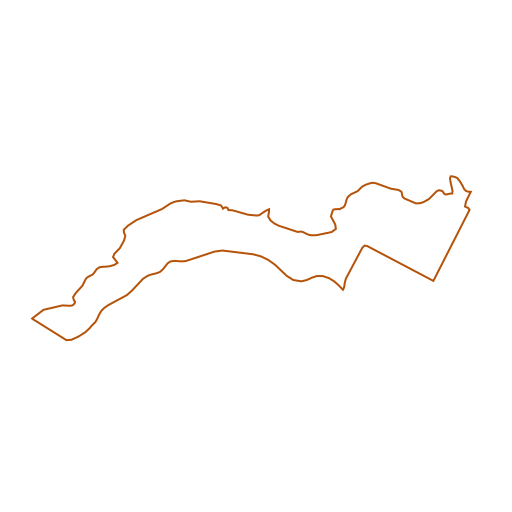 the Province of Zamboanga del Norte, rotated 28°
{"feature_id": "PHL-2520", "entity_name": "Zamboanga del Norte", "entity_type": "Province", "adm_level": 1, "iso_a3": "PHL", "parent_name": "Philippines", "parent_adm1": "", "projection": "mercator", "projection_center": [122.74, 7.933], "detail": "fine", "context": "isolated", "style": "outline", "palette": "amber", "viewbox_px": 512, "rotation_deg": 28, "n_neighbors": 0, "source": "natural_earth", "source_scale": "10m", "svg_char_len": 2403}
<svg xmlns="http://www.w3.org/2000/svg" viewBox="0 0 512 512"><g transform="rotate(28 256 256)"><path d="M87.7,416.3L93.6,403.3L108.3,390.5L115.1,387.3L116.7,386.2L117.6,384.8L118.1,382.9L117.7,381.3L116.0,380.6L113.8,378.2L114.3,372.9L116.7,363.7L116.5,357.1L116.7,355.0L117.8,352.8L120.4,349.2L120.9,347.4L121.5,342.5L123.0,339.5L125.6,337.6L129.1,335.5L131.6,333.7L135.2,330.3L136.9,327.0L130.3,324.1L129.9,320.5L132.1,312.9L132.2,304.1L131.1,299.4L128.5,297.4L126.9,295.0L128.6,289.6L133.5,280.5L150.9,258.7L156.0,249.5L158.5,246.5L160.8,244.5L166.7,240.4L173.0,238.7L180.6,234.1L196.5,228.8L201.5,227.8L204.7,229.7L205.5,227.9L207.0,227.0L208.6,227.1L210.1,228.4L213.7,226.7L229.5,223.3L237.3,220.1L239.6,218.6L243.3,211.6L245.6,208.6L246.7,210.8L248.2,215.4L252.1,217.8L257.0,218.7L261.8,218.6L281.5,215.2L284.2,213.3L286.4,212.8L291.2,212.7L293.4,212.3L295.6,211.5L299.8,209.1L311.5,199.4L313.8,194.6L311.1,190.9L303.7,186.0L303.3,184.6L302.5,180.2L302.5,178.9L303.5,177.8L307.2,175.6L308.0,175.4L308.4,174.4L309.3,173.3L310.3,171.9L310.7,169.7L310.4,167.4L309.4,163.1L309.4,160.7L310.8,157.0L315.4,150.9L316.4,147.2L317.3,144.7L319.5,141.5L322.3,138.5L324.7,136.5L327.7,135.5L343.7,133.2L350.7,130.8L354.0,130.9L354.9,131.6L357.0,134.3L358.3,135.2L360.3,135.5L372.3,134.5L375.8,132.6L378.5,129.9L381.6,125.1L382.2,123.7L385.1,114.1L386.7,112.0L389.8,111.2L390.9,111.5L392.0,112.2L393.2,112.7L394.7,112.6L395.7,111.9L398.1,109.8L399.9,108.7L399.0,106.3L392.5,98.7L390.8,96.3L390.5,94.3L391.9,93.5L394.8,92.8L397.6,92.7L398.8,93.6L400.0,93.8L405.1,96.8L408.4,99.2L410.5,99.9L412.9,99.7L415.5,98.5L415.8,109.1L417.3,114.2L421.0,114.0L422.2,114.7L422.9,115.0L424.3,194.7L349.5,195.0L346.9,195.9L346.0,198.9L346.0,233.8L347.0,238.2L347.7,239.9L348.3,241.6L348.6,243.3L348.6,245.0L342.6,243.0L336.6,241.6L330.6,241.3L324.3,242.4L318.9,245.3L315.3,249.2L312.1,253.4L307.9,257.1L300.2,259.7L293.8,259.2L292.4,259.1L277.0,254.8L268.6,253.7L260.6,254.0L252.7,255.8L223.9,266.9L221.6,268.5L217.3,271.6L196.4,293.4L193.2,295.5L186.1,298.7L182.9,301.1L181.4,304.0L180.0,311.7L178.6,315.3L176.4,317.8L171.5,322.2L169.4,324.7L166.9,329.3L162.6,345.2L160.3,351.2L148.6,368.8L146.3,373.3L145.2,377.1L145.0,381.1L145.3,386.2L145.2,389.6L143.6,394.8L143.0,397.8L141.1,403.4L137.0,410.6L132.2,416.8L131.9,416.9L128.1,419.3L88.6,416.5L87.7,416.3L87.7,416.3Z" fill="none" stroke="#b45309" stroke-width="2"/></g></svg>